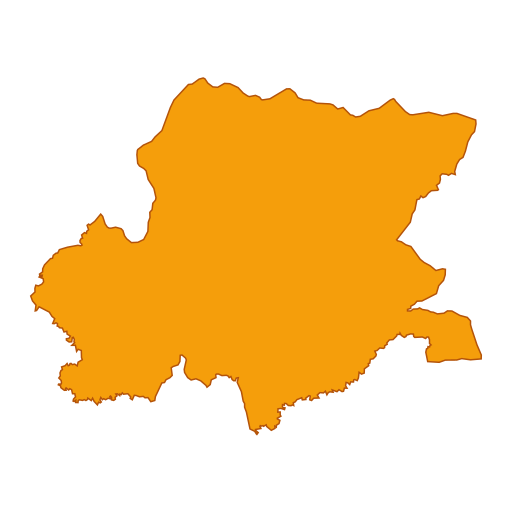 El Playón, Santander, Colombia (orthographic projection)
{"feature_id": "7082276B80237546514207", "entity_name": "El Playón", "entity_type": "district", "adm_level": 2, "iso_a3": "COL", "parent_name": "Colombia", "parent_adm1": "Santander", "projection": "orthographic", "projection_center": [-73.194, 7.522], "detail": "fine", "context": "isolated", "style": "filled", "palette": "amber", "viewbox_px": 512, "rotation_deg": 0, "n_neighbors": 0, "source": "geoboundaries", "source_scale": "gbopen_adm2", "svg_char_len": 5976}
<svg xmlns="http://www.w3.org/2000/svg" viewBox="0 0 512 512"><path d="M475.7,120.0L456.9,113.4L453.2,113.4L442.4,115.7L428.8,112.3L412.8,114.8L409.7,114.6L405.4,111.6L395.7,101.4L394.5,99.4L393.3,98.7L390.2,100.1L379.2,108.3L368.9,110.8L360.3,116.3L355.6,117.0L352.8,115.3L350.4,114.9L343.1,107.5L337.7,109.0L333.0,104.9L329.9,103.9L316.7,103.2L310.3,100.2L303.7,99.9L298.0,97.7L295.1,92.9L289.9,88.8L286.5,88.9L269.9,98.8L262.6,99.9L261.4,99.6L259.6,97.2L255.5,95.4L249.4,96.6L247.8,96.1L243.1,93.0L238.1,87.6L229.8,83.7L224.5,83.4L217.7,87.3L212.8,86.9L207.8,83.1L204.9,78.8L203.2,78.0L199.1,79.1L192.2,84.1L188.4,84.5L174.0,100.0L170.4,107.5L161.9,130.6L155.1,136.9L151.6,141.4L143.4,145.1L137.8,149.5L137.3,150.6L136.9,154.8L137.7,163.4L139.5,166.0L143.8,168.5L146.1,170.8L148.2,179.5L153.9,188.4L156.0,197.8L155.5,200.1L152.8,203.3L152.1,209.7L149.8,212.3L150.0,217.5L148.3,222.3L147.9,231.4L143.7,239.5L137.9,242.3L131.4,242.6L126.7,238.8L124.6,235.9L122.9,230.6L121.1,228.7L115.6,227.2L111.0,228.2L109.1,228.1L107.3,227.1L105.1,223.9L102.7,216.4L100.7,214.1L94.7,221.4L90.0,225.0L88.6,224.1L87.1,225.3L88.6,229.8L86.7,231.3L86.5,233.4L84.5,232.6L81.6,235.0L82.6,238.2L81.2,238.5L80.0,240.5L80.1,242.5L81.7,244.0L82.0,245.2L80.8,245.8L77.9,245.3L67.5,247.2L59.4,249.6L57.7,253.0L56.0,253.2L53.3,255.3L52.5,258.3L50.5,258.6L44.5,264.9L42.7,268.8L42.6,271.9L39.5,274.1L39.7,275.3L42.3,275.2L41.9,277.0L40.0,276.0L39.1,277.0L43.2,278.7L43.6,281.9L41.8,284.2L38.4,285.9L35.8,285.2L34.9,288.3L35.0,292.0L30.7,296.0L32.5,300.9L36.0,305.1L35.2,310.9L36.6,310.5L39.1,306.8L49.3,312.1L52.0,316.4L54.7,318.6L52.7,323.5L54.2,323.7L56.0,322.8L57.5,323.6L57.2,326.1L58.5,326.4L59.4,327.7L62.4,328.1L64.0,332.0L66.8,331.3L67.1,334.1L70.4,336.1L68.9,338.4L66.4,338.7L66.4,340.1L69.1,342.0L71.7,341.8L72.3,337.6L73.3,337.3L74.3,339.4L74.0,341.7L74.6,342.6L71.9,345.3L75.4,345.3L76.6,351.4L78.1,349.3L81.3,350.5L81.5,357.5L82.3,359.7L78.1,362.2L77.2,365.9L74.7,364.1L72.3,364.6L71.0,363.4L70.0,363.6L69.5,365.2L68.2,365.7L67.1,363.5L65.1,365.7L61.6,366.9L62.4,369.6L61.0,370.5L60.0,372.9L60.3,375.9L58.8,378.0L61.2,380.5L61.5,383.0L61.0,384.1L58.6,384.1L58.3,384.8L60.5,385.8L60.9,387.7L64.3,390.3L66.1,390.2L65.5,388.8L66.1,387.9L68.7,390.0L69.8,388.7L71.6,389.7L72.5,393.7L74.8,393.7L75.5,396.9L73.5,399.1L73.1,401.1L74.1,401.5L75.8,400.2L75.7,402.5L78.0,402.6L78.2,400.7L79.3,399.8L82.6,400.4L84.2,399.6L85.9,400.5L87.5,399.5L87.8,398.1L91.3,400.6L92.6,398.2L94.1,401.4L97.4,404.9L98.6,402.2L100.2,402.9L101.3,402.0L99.9,399.9L100.8,397.5L102.4,399.7L103.7,398.7L105.6,399.7L108.1,398.3L110.2,398.8L109.8,396.5L110.5,396.0L111.6,397.3L111.5,399.9L113.7,400.4L115.4,399.2L115.1,397.3L117.0,395.8L115.8,394.0L117.4,393.8L119.7,395.6L119.9,394.1L121.2,394.6L122.3,392.9L123.5,394.2L127.8,393.7L130.7,396.9L130.2,398.4L132.3,399.8L134.3,395.3L136.2,395.5L139.5,396.8L143.3,396.4L145.0,397.8L148.0,397.6L150.8,401.7L154.8,400.5L155.4,396.6L161.8,383.0L164.5,382.5L166.0,379.7L169.9,377.7L172.2,375.4L171.2,367.8L173.1,366.5L178.0,364.9L179.9,361.5L180.2,355.3L182.0,355.0L185.5,358.0L186.3,359.9L184.2,369.4L184.6,372.5L187.7,377.6L191.1,380.0L196.0,378.8L200.7,380.8L206.0,385.4L207.0,387.2L210.2,384.6L211.3,379.8L216.0,377.6L215.7,374.8L216.3,374.1L218.4,374.0L221.9,375.6L226.3,375.3L228.0,375.9L229.2,377.6L230.9,376.5L232.1,379.5L233.6,380.7L235.4,380.7L236.2,378.1L238.3,377.7L237.2,382.3L241.4,391.6L243.2,401.1L244.6,403.6L244.6,407.2L246.4,412.0L250.0,429.0L254.7,431.3L256.3,433.8L256.9,432.9L257.2,434.0L258.2,432.6L255.8,430.5L255.5,429.5L260.9,428.5L259.9,426.4L260.3,425.6L261.8,426.1L263.0,425.6L263.6,426.3L266.2,424.8L266.7,426.5L271.3,430.3L275.0,428.4L274.8,426.2L276.3,427.1L276.4,425.2L279.0,423.6L279.9,420.3L277.4,419.0L277.3,418.2L280.9,416.2L280.2,414.8L280.2,412.0L277.8,412.1L278.0,408.8L280.9,408.4L284.5,409.6L285.0,407.9L283.0,407.6L282.4,406.7L282.5,404.6L284.2,405.2L284.5,403.4L286.3,403.6L288.3,405.5L291.0,405.7L292.6,404.9L293.7,405.5L293.3,402.7L295.3,401.8L296.8,399.7L301.7,397.7L302.3,399.9L305.9,399.5L305.7,398.2L309.0,395.6L310.3,396.1L309.7,399.8L311.6,400.5L313.7,398.2L319.0,398.0L317.3,395.0L319.9,392.6L323.5,392.9L325.4,391.2L326.9,394.8L328.1,392.8L329.7,391.8L333.1,392.2L332.2,389.9L337.0,391.7L339.0,389.7L342.0,391.6L343.5,391.3L344.4,388.1L347.0,388.2L345.6,385.8L346.1,382.4L347.7,382.8L349.7,384.6L350.7,381.9L353.5,382.0L353.7,379.9L354.7,379.5L357.2,380.6L358.4,378.0L359.1,372.3L361.5,374.1L364.2,373.1L364.4,368.8L368.7,365.7L368.3,363.6L369.8,363.1L370.3,359.3L373.2,358.8L375.9,356.0L376.3,354.4L374.8,351.1L377.1,350.5L379.7,348.0L383.5,348.4L384.6,347.6L384.7,345.7L387.2,344.3L386.8,342.9L389.4,339.9L393.0,339.6L396.7,335.9L397.1,334.4L399.7,334.4L400.0,333.1L401.3,335.4L404.3,337.4L406.0,336.5L406.4,335.2L410.6,333.9L413.4,334.1L413.7,336.4L414.7,337.4L422.4,337.0L425.6,338.5L427.0,337.0L428.5,337.1L429.5,339.7L429.5,343.4L431.0,344.9L430.0,345.4L429.6,346.9L428.0,346.6L427.7,348.4L426.5,348.9L425.8,352.2L427.7,361.6L439.2,362.3L445.3,360.1L456.7,360.0L461.7,358.6L470.5,359.8L481.2,358.9L481.3,355.0L476.9,344.7L471.7,329.0L470.5,324.8L470.5,321.0L467.3,317.4L459.8,315.4L451.9,311.0L447.4,310.9L444.0,313.2L437.4,313.9L433.3,312.2L430.6,311.9L427.9,310.4L422.3,309.5L419.6,307.9L417.6,308.9L413.2,309.1L410.7,311.0L407.5,310.9L407.5,309.4L410.7,308.4L410.8,306.2L414.4,304.2L417.0,301.2L421.9,301.0L436.4,293.6L438.7,285.7L443.5,280.4L445.2,274.9L445.4,269.3L442.5,268.8L435.9,270.5L430.1,265.7L424.1,262.5L420.2,259.3L410.9,246.5L405.8,244.8L401.4,241.8L397.6,240.8L396.6,239.8L410.3,222.2L412.2,213.9L414.9,209.9L416.9,199.6L419.3,199.0L420.9,196.0L423.0,197.7L425.7,196.5L428.4,193.0L431.4,190.7L437.5,190.3L438.4,189.7L436.5,185.3L439.5,183.0L440.4,179.4L440.1,175.9L442.2,173.8L446.7,174.3L448.5,175.3L451.5,173.4L455.3,174.6L454.7,171.5L456.8,164.1L459.6,159.5L463.0,157.4L465.4,151.2L467.8,141.9L471.5,134.8L474.5,131.6L476.0,124.0L475.7,120.0Z" fill="#f59e0b" stroke="#b45309" stroke-width="1.5"/></svg>